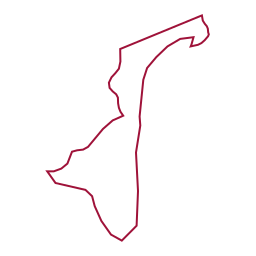 the District of South Abaco
{"feature_id": "BHS-5016", "entity_name": "South Abaco", "entity_type": "District", "adm_level": 1, "iso_a3": "BHS", "parent_name": "The Bahamas", "parent_adm1": "", "projection": "robinson", "projection_center": [-77.194, 26.12], "detail": "fine", "context": "isolated", "style": "outline", "palette": "rose", "viewbox_px": 256, "rotation_deg": 0, "n_neighbors": 0, "source": "natural_earth", "source_scale": "10m", "svg_char_len": 757}
<svg xmlns="http://www.w3.org/2000/svg" viewBox="0 0 256 256"><path d="M201.9,15.4L202.8,20.6L204.8,23.8L206.8,26.2L207.8,28.6L208.2,32.5L208.8,34.3L208.1,36.2L204.7,40.2L201.4,43.1L198.0,44.8L190.7,46.4L191.5,44.4L193.5,37.2L180.2,38.9L167.5,46.4L156.3,57.1L147.1,68.0L143.3,79.8L139.6,116.5L140.3,125.5L136.0,152.5L138.0,191.1L136.6,225.7L121.8,240.6L111.0,234.6L101.4,221.0L94.7,206.1L92.1,196.2L85.5,189.9L55.5,183.0L47.2,171.3L53.9,171.3L61.3,168.6L67.4,163.6L72.0,151.7L77.1,150.3L83.1,149.6L88.0,146.9L103.0,128.9L112.7,120.4L123.2,115.7L120.5,111.8L118.9,107.8L118.1,103.3L117.9,97.6L116.2,94.3L112.7,91.4L109.6,87.9L108.9,82.7L111.5,77.3L115.3,73.2L118.9,68.7L120.4,61.6L120.2,49.0L201.9,15.4Z" fill="none" stroke="#9f1239" stroke-width="2"/></svg>